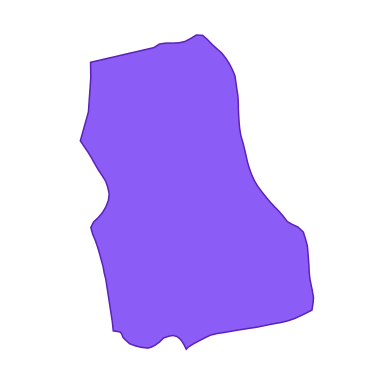 Habban, Shabwah, Yemen (orthographic projection), rotated 351°
{"feature_id": "15242507B21238216413190", "entity_name": "Habban", "entity_type": "district", "adm_level": 2, "iso_a3": "YEM", "parent_name": "Yemen", "parent_adm1": "Shabwah", "projection": "orthographic", "projection_center": [47.137, 14.306], "detail": "fine", "context": "isolated", "style": "filled", "palette": "violet", "viewbox_px": 384, "rotation_deg": 351, "n_neighbors": 0, "source": "geoboundaries", "source_scale": "gbopen_adm2", "svg_char_len": 1687}
<svg xmlns="http://www.w3.org/2000/svg" viewBox="0 0 384 384"><g transform="rotate(351 192 192)"><path d="M161.7,346.4L164.1,344.6L169.9,342.1L176.0,340.0L182.1,338.0L188.1,336.2L190.3,336.1L195.0,335.7L201.7,335.8L208.0,335.7L214.4,335.6L220.6,335.6L227.6,335.6L234.3,335.7L240.9,335.4L247.1,335.1L253.9,334.9L260.3,334.8L266.8,334.2L273.7,333.0L280.4,331.1L286.6,329.2L292.0,327.4L294.0,321.3L295.5,315.5L295.4,307.4L295.1,302.4L294.9,296.0L295.2,289.6L296.0,282.9L296.5,276.5L297.1,269.6L297.5,263.2L296.8,256.5L295.7,249.0L291.1,243.1L285.8,239.6L281.5,236.1L278.3,230.1L274.8,224.5L271.0,219.2L267.4,213.8L264.2,208.4L260.8,202.4L257.8,196.6L255.4,190.6L253.6,184.1L252.3,177.4L251.5,171.1L251.1,164.8L250.6,157.6L250.0,151.1L249.1,144.2L249.0,137.4L249.4,131.1L250.0,124.4L250.7,118.1L251.7,111.2L252.4,103.6L252.4,96.8L252.5,90.5L252.6,84.0L251.1,77.8L249.0,71.3L246.4,65.3L243.1,59.4L238.8,54.2L234.8,49.2L231.2,44.0L227.1,39.0L220.9,37.6L214.9,40.1L208.7,42.2L202.5,42.6L196.0,41.9L189.4,40.8L182.8,40.8L177.1,43.4L112.1,48.0L109.9,63.3L102.2,96.7L89.7,124.0L90.3,125.2L93.0,131.1L95.8,137.0L98.2,143.0L100.6,149.5L103.1,155.9L105.9,162.0L108.4,167.8L109.5,174.1L109.9,180.9L108.0,187.4L104.6,193.2L100.3,198.4L95.4,202.6L90.1,206.2L86.5,211.3L87.3,218.2L88.9,224.6L90.1,231.4L91.0,238.0L91.7,244.5L92.5,251.7L92.6,258.2L93.2,264.9L93.0,306.8L92.8,311.2L92.5,316.9L94.5,317.5L97.1,318.3L99.5,319.3L100.6,322.2L101.1,324.9L102.7,327.1L106.5,332.0L112.1,335.2L117.6,337.5L124.1,339.3L127.9,338.8L131.7,337.5L136.3,335.2L140.9,331.8L146.7,330.8L150.7,330.7L154.5,332.4L157.2,335.2L158.6,337.7L160.1,341.2L161.7,346.4Z" fill="#8b5cf6" stroke="#5b21b6" stroke-width="1.5"/></g></svg>